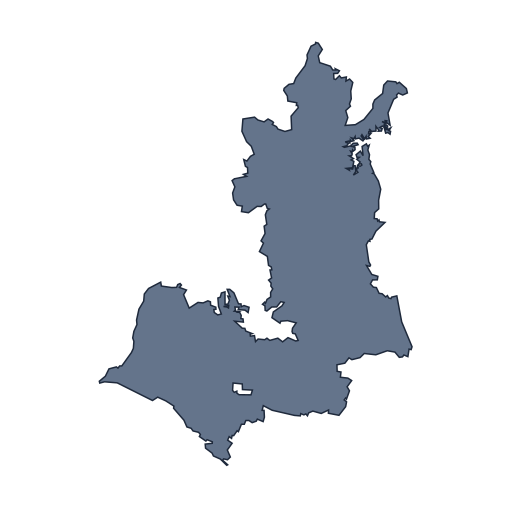 Boyolali, Jawa Tengah, Indonesia, rotated 352°
{"feature_id": "22746128B51975137382727", "entity_name": "Boyolali", "entity_type": "district", "adm_level": 2, "iso_a3": "IDN", "parent_name": "Indonesia", "parent_adm1": "Jawa Tengah", "projection": "robinson", "projection_center": [110.67, -7.387], "detail": "fine", "context": "isolated", "style": "filled", "palette": "slate", "viewbox_px": 512, "rotation_deg": 352, "n_neighbors": 0, "source": "geoboundaries", "source_scale": "gbopen_adm2", "svg_char_len": 6138}
<svg xmlns="http://www.w3.org/2000/svg" viewBox="0 0 512 512"><g transform="rotate(352 256 256)"><path d="M407.0,145.2L406.6,132.7L414.1,120.0L417.8,118.3L417.6,116.1L419.7,114.5L423.7,117.0L428.6,115.6L428.2,111.1L422.1,103.9L419.6,104.9L418.7,103.0L410.6,101.0L406.3,104.5L404.0,112.7L395.2,118.0L392.9,121.8L392.3,126.1L381.9,135.8L372.7,139.8L362.5,139.1L366.2,131.7L365.1,124.5L370.4,120.8L369.7,118.5L372.2,113.6L372.8,105.8L376.0,97.6L373.3,93.8L369.4,95.3L370.4,91.3L365.2,91.5L363.7,89.1L359.4,92.3L357.8,91.5L358.3,86.1L362.3,86.5L364.4,84.2L360.6,81.6L360.9,82.9L357.9,82.5L356.1,78.4L346.0,73.4L345.5,66.5L350.4,60.7L347.3,53.9L344.8,52.8L344.4,54.3L339.7,55.9L334.5,64.0L334.4,67.6L331.1,74.4L320.2,85.3L317.3,90.5L312.5,90.6L307.2,93.9L306.5,95.9L309.3,101.9L309.1,107.0L317.7,109.9L316.9,112.5L318.2,112.6L318.5,115.0L310.2,122.4L308.9,135.8L302.0,136.7L295.4,133.4L294.2,130.7L290.4,128.0L291.9,126.3L291.2,125.2L287.0,122.0L282.7,124.3L276.8,121.6L273.9,118.3L262.1,118.5L259.4,130.5L262.6,141.5L266.6,146.7L268.4,155.0L264.4,156.5L260.2,160.7L257.3,158.8L258.0,165.7L259.9,167.2L259.4,172.8L254.9,173.4L257.8,175.8L245.4,176.5L242.8,178.0L244.7,184.6L241.6,190.4L241.6,197.3L244.3,203.1L249.4,204.7L247.8,210.0L254.5,212.1L264.0,207.0L268.0,207.7L271.6,205.7L272.9,205.9L273.8,210.4L275.7,211.3L273.1,212.7L271.0,216.5L271.1,226.2L268.2,227.6L268.1,235.0L263.1,241.7L265.2,244.3L260.0,252.1L267.2,258.0L267.1,267.0L269.6,269.0L269.7,271.9L267.9,271.8L268.4,279.9L265.1,281.6L267.2,285.0L266.5,287.8L268.0,290.9L265.4,294.1L264.8,298.6L260.9,300.5L258.8,304.1L258.2,302.9L255.7,304.7L257.9,306.6L257.5,311.1L259.1,312.0L264.5,308.7L269.4,309.3L274.2,304.7L277.4,305.9L274.8,309.0L265.4,313.8L263.2,319.3L270.4,325.9L271.5,324.0L278.3,324.4L286.5,327.8L282.1,332.6L281.2,335.8L281.6,337.7L284.1,338.6L286.0,345.5L283.5,345.7L276.3,341.3L270.4,344.7L266.2,340.4L257.9,341.5L255.4,338.9L253.0,340.1L246.5,338.5L243.6,340.7L243.4,334.6L239.3,334.6L239.3,332.6L241.4,332.3L235.4,328.9L234.9,326.1L232.3,325.6L225.8,317.6L234.3,319.7L234.4,316.5L232.3,315.8L233.1,312.8L232.0,309.5L230.4,309.2L231.7,308.7L226.8,307.6L228.1,306.6L228.0,303.6L232.1,304.3L230.9,306.6L237.6,308.1L240.3,310.9L242.0,305.8L237.2,303.4L234.3,304.2L234.5,301.4L232.0,300.9L229.0,289.4L225.4,285.4L222.8,285.0L224.6,292.6L222.5,291.8L223.5,296.2L221.5,299.7L218.6,299.6L220.3,287.2L216.6,287.8L214.9,291.8L212.4,292.3L211.9,300.8L213.6,308.6L209.9,309.0L206.8,306.1L206.8,303.1L208.9,303.2L209.1,301.1L204.2,298.4L204.5,295.0L202.1,293.7L197.1,295.1L192.1,293.9L182.6,298.3L178.9,284.2L182.4,280.0L175.8,276.5L178.1,274.4L177.0,272.7L174.5,273.4L173.0,276.0L168.2,275.5L158.1,272.6L158.0,268.6L145.1,273.2L140.1,278.1L138.5,285.1L132.7,292.3L128.8,302.8L128.6,307.3L124.6,313.6L122.5,320.0L123.2,323.5L121.7,330.4L119.2,334.3L107.8,346.2L105.7,345.9L103.7,347.8L102.3,346.4L94.7,347.3L90.1,354.1L83.4,358.2L83.6,360.1L88.5,359.5L100.9,362.3L133.4,384.7L139.0,382.1L146.5,386.9L153.8,393.2L153.2,395.3L161.8,408.6L163.8,415.7L167.8,417.6L169.3,420.5L174.6,422.6L176.1,425.0L174.8,426.9L180.6,432.3L182.0,431.1L186.9,433.9L186.6,435.4L179.5,435.2L179.3,439.3L185.1,445.1L186.0,448.1L192.4,452.1L197.9,459.2L198.9,458.8L194.5,453.6L195.7,452.4L199.4,453.8L202.6,451.5L200.6,444.1L206.3,438.1L202.3,434.4L204.3,431.1L206.4,433.2L207.4,430.4L208.9,430.8L213.0,426.4L214.1,427.5L218.1,420.6L221.0,421.0L223.0,417.5L226.1,417.9L229.0,420.5L233.3,419.6L234.6,417.7L240.0,421.0L241.9,416.8L242.5,410.0L240.6,409.7L242.4,405.2L250.5,411.0L271.9,419.2L277.6,420.5L278.4,418.3L281.3,420.0L283.4,419.3L284.7,421.4L286.3,418.7L290.7,417.5L298.7,421.0L306.4,418.6L305.8,421.8L316.0,425.3L323.8,417.7L325.4,413.0L323.3,410.8L325.0,409.1L325.7,410.3L329.8,402.5L328.0,398.2L333.4,392.7L330.0,389.7L322.7,387.8L324.0,382.7L320.3,381.5L321.0,375.0L329.1,374.5L333.9,369.8L336.5,372.0L344.9,371.1L349.6,367.6L360.9,370.5L372.8,368.1L380.2,370.5L383.8,376.3L387.0,376.3L388.7,374.6L392.4,376.8L394.6,369.5L396.6,370.3L397.9,367.6L391.1,341.5L389.9,315.1L384.6,315.6L383.7,317.0L381.6,316.1L380.6,313.5L378.7,314.6L375.6,310.9L372.7,310.1L370.8,304.0L367.9,303.2L365.4,299.5L368.1,295.9L372.8,296.5L373.9,293.1L368.1,290.4L364.1,280.8L367.3,282.1L368.2,280.9L366.9,277.5L366.8,260.2L369.4,256.7L370.9,257.3L370.9,255.4L373.2,255.3L378.2,248.1L388.4,240.7L383.0,239.3L382.8,237.4L381.4,238.3L381.1,236.0L378.3,235.4L379.5,229.5L384.1,226.4L385.2,217.8L388.8,207.2L387.6,198.8L384.4,191.0L383.0,190.4L384.3,189.7L381.9,180.8L382.8,178.5L381.2,176.0L382.5,171.5L381.5,166.6L383.5,162.0L381.8,162.9L380.9,160.3L376.3,162.3L376.0,171.6L373.9,166.7L369.2,169.6L369.7,172.3L371.9,172.7L369.2,174.2L372.2,177.4L370.4,179.4L373.2,179.4L373.5,180.7L371.7,181.6L369.2,180.3L368.6,182.1L370.0,183.2L368.2,182.8L367.5,185.4L368.6,187.3L363.7,189.4L366.6,186.1L366.7,180.4L365.2,180.1L363.8,183.4L359.9,182.3L360.3,184.0L357.5,181.8L363.9,182.0L366.1,175.9L363.5,174.1L366.1,173.1L362.2,169.8L364.7,169.9L365.5,168.3L364.3,165.4L365.8,166.2L366.4,164.4L367.0,165.6L368.9,164.5L369.1,162.2L366.4,161.0L372.6,160.0L371.9,158.3L367.9,157.9L365.2,160.1L358.7,160.7L357.6,159.9L361.1,159.5L363.5,157.1L360.9,156.1L360.8,155.4L363.8,155.1L364.7,157.0L365.5,154.2L366.2,155.8L369.0,155.4L367.1,152.4L369.2,153.4L370.8,151.5L370.7,153.9L374.4,153.6L377.9,156.9L378.8,155.9L376.8,151.8L377.8,150.6L379.9,155.1L381.7,152.8L381.6,155.5L385.4,155.3L383.8,153.3L386.8,150.7L384.4,150.6L385.0,148.5L386.7,149.3L385.9,145.9L387.8,148.7L392.2,149.0L392.8,144.3L395.1,148.4L394.4,149.4L397.6,149.7L398.7,147.4L396.4,146.0L399.1,144.9L400.7,146.4L401.5,152.4L403.8,152.1L405.7,154.0L406.6,151.3L405.2,150.4L407.2,147.9L404.7,148.8L404.8,150.6L403.9,148.6L402.5,148.9L403.3,148.0L401.5,148.4L401.5,146.4L402.9,147.3L404.5,145.7L403.4,144.5L402.0,145.4L400.9,144.2L402.7,143.1L399.5,140.4L402.9,141.9L402.7,139.9L404.4,140.3L403.7,141.9L407.0,145.2ZM214.1,385.8L215.6,378.6L224.6,380.8L224.0,386.4L233.8,388.3L231.7,392.8L219.9,391.0L218.0,389.2L218.2,387.2L215.5,388.0L214.1,385.8ZM221.5,303.6L220.2,302.5L216.8,301.5L222.1,301.2L221.5,303.6Z" fill="#64748b" stroke="#1e293b" stroke-width="1.5"/></g></svg>